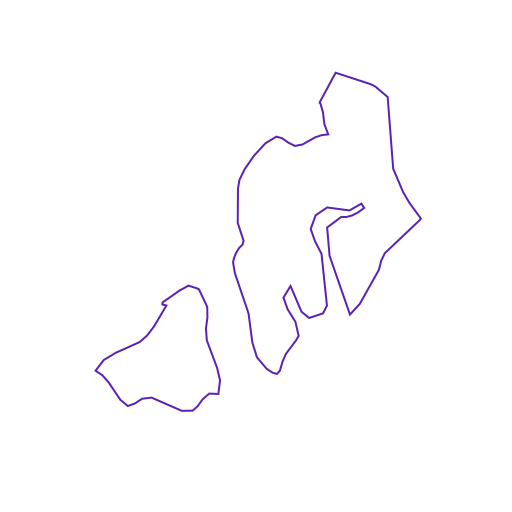 outline of Biombo, rotated 327°
{"feature_id": "GNB-5500", "entity_name": "Biombo", "entity_type": "Region", "adm_level": 1, "iso_a3": "GNB", "parent_name": "Guinea-Bissau", "parent_adm1": "", "projection": "orthographic", "projection_center": [-15.894, 11.883], "detail": "fine", "context": "isolated", "style": "outline", "palette": "violet", "viewbox_px": 512, "rotation_deg": 327, "n_neighbors": 0, "source": "natural_earth", "source_scale": "10m", "svg_char_len": 1464}
<svg xmlns="http://www.w3.org/2000/svg" viewBox="0 0 512 512"><g transform="rotate(327 256 256)"><path d="M414.7,314.3L412.7,315.1L365.6,323.8L358.5,328.1L351.6,334.5L316.9,352.7L302.9,356.3L317.8,295.9L331.2,270.8L348.9,269.7L353.0,272.5L358.5,274.3L365.2,275.0L372.9,274.6L372.9,269.5L359.2,268.7L342.2,254.1L328.3,254.3L316.6,263.1L313.5,275.8L312.1,289.9L288.5,336.2L281.0,340.6L266.8,336.9L263.8,327.5L268.6,300.0L256.4,305.8L253.5,317.9L253.2,332.6L248.3,346.2L243.8,348.5L227.7,354.4L220.9,358.9L213.6,365.2L209.3,366.3L206.4,363.0L203.5,356.3L201.6,341.5L205.8,326.6L218.5,300.0L229.0,258.7L233.4,248.7L236.4,245.8L240.9,242.6L246.1,240.1L251.0,239.1L253.9,236.4L258.7,218.3L277.5,189.8L283.5,183.2L293.8,177.0L309.2,170.7L325.4,166.6L338.1,167.0L342.0,171.4L344.8,178.4L348.6,184.9L355.7,187.8L370.2,188.7L376.5,190.3L382.8,193.3L385.1,182.8L390.4,172.0L393.2,162.9L392.8,162.3L393.5,161.6L422.6,145.7L446.0,174.7L448.4,179.0L453.0,194.4L418.6,257.5L414.2,282.4L413.6,295.2L414.7,314.3ZM59.0,264.8L71.7,260.3L85.8,260.8L111.6,264.8L121.3,263.4L132.2,259.5L153.9,248.7L151.1,245.7L151.2,245.2L152.6,244.0L163.1,243.7L172.6,243.3L183.2,244.1L188.6,250.6L190.0,252.8L187.4,272.1L181.7,281.2L174.5,289.6L168.8,300.0L162.4,328.8L158.1,340.7L149.3,351.2L141.8,345.9L133.3,347.1L125.2,350.2L118.6,351.2L109.4,345.4L91.3,317.9L82.8,313.7L73.9,313.7L66.8,312.0L63.9,302.7L63.6,282.0L62.2,272.3L59.0,264.8Z" fill="none" stroke="#5b21b6" stroke-width="2"/></g></svg>